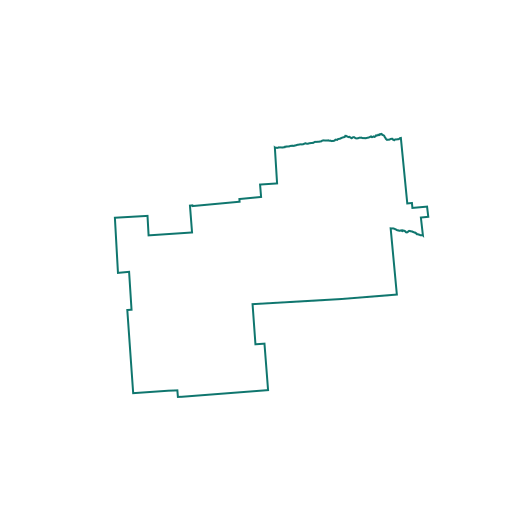 Adolfo Gonzáles Chaves, Buenos Aires, Argentina, rotated 311°
{"feature_id": "61730980B59817068959156", "entity_name": "Adolfo Gonzáles Chaves", "entity_type": "district", "adm_level": 2, "iso_a3": "ARG", "parent_name": "Argentina", "parent_adm1": "Buenos Aires", "projection": "mercator", "projection_center": [-59.838, -37.941], "detail": "fine", "context": "isolated", "style": "outline", "palette": "teal", "viewbox_px": 512, "rotation_deg": 311, "n_neighbors": 0, "source": "geoboundaries", "source_scale": "gbopen_adm2", "svg_char_len": 5851}
<svg xmlns="http://www.w3.org/2000/svg" viewBox="0 0 512 512"><g transform="rotate(311 256 256)"><path d="M381.0,368.5L393.2,355.2L398.6,360.3L405.5,352.7L394.9,342.5L398.3,338.9L394.9,335.7L440.1,287.9L439.8,287.7L439.6,287.6L439.5,287.4L439.1,287.4L438.8,287.3L438.4,287.2L438.1,287.1L437.8,287.1L437.4,286.7L437.2,286.5L437.0,286.2L436.8,286.1L436.5,285.9L436.3,285.7L436.1,285.5L435.8,285.1L435.5,284.9L435.3,284.6L435.0,284.5L434.7,284.4L434.3,284.4L434.1,284.4L434.0,284.2L434.0,283.9L434.0,283.7L433.8,283.4L433.7,283.2L433.7,282.9L433.7,282.6L433.9,282.3L434.0,282.1L433.8,281.8L433.6,281.6L433.2,281.3L433.0,281.1L432.7,280.9L432.4,280.7L432.0,280.6L431.8,280.5L431.5,280.4L431.4,280.3L431.2,280.2L430.8,279.8L430.6,279.6L430.4,279.4L430.2,279.1L429.8,278.8L429.6,278.7L429.6,278.2L429.6,277.9L429.6,277.2L429.7,276.8L430.0,276.4L430.1,275.9L430.2,275.3L430.4,274.7L430.6,274.4L430.8,273.9L430.8,273.3L430.7,272.8L430.5,272.5L430.3,272.0L430.3,271.5L430.5,271.1L430.5,270.6L430.2,270.4L429.7,270.3L429.6,269.9L429.3,269.6L428.8,269.6L428.6,269.8L428.2,269.7L427.8,269.5L427.6,269.1L427.6,268.7L427.1,268.7L426.5,268.4L426.3,268.2L426.1,267.9L425.9,267.5L425.5,267.6L425.1,267.7L424.6,267.6L424.3,267.4L423.8,267.4L423.5,267.2L423.5,266.9L423.6,266.6L423.4,266.3L423.0,266.2L422.6,266.0L422.0,265.8L421.7,265.5L421.6,265.2L421.7,264.9L421.8,264.5L421.5,264.2L420.8,264.0L420.1,263.7L419.5,263.4L419.0,263.1L418.6,262.7L418.1,262.4L417.7,262.1L417.3,261.7L416.9,261.6L416.6,261.2L416.3,260.9L416.1,260.4L415.7,260.0L415.5,259.8L415.1,259.3L414.9,259.0L414.7,258.8L414.6,258.4L414.5,257.9L414.2,257.6L413.8,257.3L413.6,256.9L413.2,256.5L412.8,256.3L412.3,256.0L411.7,255.7L411.4,255.3L411.0,255.1L410.7,254.7L410.4,254.3L410.2,253.7L410.1,253.1L410.1,252.5L410.0,252.0L409.6,251.6L409.2,251.3L408.7,251.1L408.2,251.1L407.6,250.9L407.5,250.6L407.5,250.0L407.3,249.5L407.3,249.1L407.3,248.4L406.9,248.1L406.4,247.8L406.3,247.4L406.2,247.0L406.0,246.6L406.0,246.1L405.8,245.8L405.8,245.4L405.7,245.0L405.3,244.8L405.2,244.6L404.6,244.8L404.3,244.9L403.7,244.7L403.4,244.4L403.0,244.1L402.6,243.9L402.3,243.7L401.9,243.4L401.4,243.2L400.9,243.0L400.7,242.8L400.3,242.8L399.7,242.5L399.5,242.3L399.1,242.0L398.7,241.7L398.3,241.4L397.8,241.1L397.4,241.1L396.9,241.1L396.7,240.8L396.6,240.5L396.2,240.1L396.0,239.7L395.7,239.6L395.4,239.6L395.1,239.6L394.7,239.6L394.2,239.3L393.7,239.0L393.3,238.5L392.9,238.2L392.4,237.7L392.1,237.3L392.0,236.6L391.6,236.2L391.1,235.7L390.8,235.2L390.8,234.8L390.4,234.4L389.8,234.0L389.6,233.6L389.2,233.2L388.8,232.8L388.6,232.5L388.4,232.2L388.0,231.8L387.7,231.3L387.5,231.0L387.1,230.8L386.7,230.4L386.2,230.2L385.8,230.1L385.3,230.0L384.9,229.7L384.5,229.2L383.8,228.8L383.5,228.5L383.1,228.0L382.7,227.7L382.5,227.4L382.0,227.0L381.7,226.6L381.2,226.1L380.8,225.6L380.2,225.4L379.5,225.1L378.8,224.9L378.6,224.5L378.1,224.2L377.7,223.8L377.4,223.4L376.8,223.0L376.5,222.6L376.0,222.3L375.7,222.0L375.2,221.8L374.6,221.3L374.2,220.9L374.0,220.5L373.9,220.2L373.5,219.6L373.4,219.2L372.9,219.1L372.4,218.8L372.0,218.6L371.9,218.5L371.7,218.5L371.3,218.3L371.1,218.1L370.9,218.0L370.7,217.7L370.3,217.3L370.1,217.2L369.9,216.9L369.8,216.7L369.5,216.3L369.1,216.0L368.8,215.8L368.6,215.5L368.2,215.3L367.9,215.1L367.6,214.7L367.3,214.5L367.1,214.3L366.8,214.2L366.5,213.9L366.2,213.8L365.9,213.6L365.6,213.5L365.3,213.2L365.2,213.0L365.1,212.9L364.8,212.9L364.5,212.7L364.1,212.4L363.8,212.2L363.7,211.9L363.4,211.7L363.2,211.5L363.2,211.2L362.7,210.8L362.5,210.7L362.4,210.4L362.0,210.1L361.8,209.9L361.7,209.8L361.6,209.7L361.2,209.5L360.8,209.3L360.4,209.1L360.2,208.8L359.9,208.6L359.6,208.2L359.3,207.9L358.9,207.6L358.7,207.4L358.6,207.1L358.1,206.9L357.9,206.6L357.8,206.4L357.6,206.2L357.3,206.2L356.9,206.3L356.5,205.8L356.3,205.6L356.0,205.5L355.7,205.1L355.3,204.9L355.0,204.5L354.8,204.2L354.5,203.9L354.2,203.4L353.9,203.1L353.6,202.8L353.4,202.6L353.2,202.3L353.1,202.1L352.8,201.8L352.4,201.7L352.0,201.5L351.8,201.3L351.5,201.1L351.3,200.8L351.1,200.5L350.9,200.1L350.8,199.8L350.5,199.6L350.3,199.5L350.1,199.3L350.1,199.2L324.6,224.3L312.6,212.2L303.9,221.1L288.1,206.1L286.2,208.0L252.1,175.4L252.5,174.8L250.7,173.1L231.8,192.3L201.1,161.4L215.1,147.8L192.3,124.4L152.7,162.9L160.8,170.6L133.8,197.3L130.8,194.3L71.9,253.3L97.0,278.4L101.2,282.9L103.0,284.8L98.4,289.5L101.2,292.5L121.5,312.5L162.7,353.1L195.4,319.9L189.0,313.5L217.4,285.0L278.8,347.9L319.3,387.6L365.2,339.5L365.4,339.8L365.6,340.1L365.9,340.4L366.2,340.7L366.5,341.1L366.7,341.4L367.0,341.7L367.1,342.1L367.3,342.5L367.5,343.1L367.5,343.3L367.5,343.5L367.7,343.8L367.8,344.1L367.8,344.3L367.9,344.6L367.9,344.9L367.9,345.2L368.1,345.6L368.2,346.0L368.5,346.2L368.7,346.5L368.8,346.9L368.9,347.4L369.2,347.8L369.6,348.0L369.9,348.1L370.1,348.5L370.2,348.8L370.4,349.0L370.7,349.0L370.9,349.1L370.7,349.3L370.8,349.5L370.7,349.7L370.8,350.1L370.9,350.3L371.1,350.3L371.4,350.2L371.5,350.3L372.0,350.6L372.1,350.8L372.2,351.0L372.3,351.2L372.3,351.6L372.4,352.0L372.6,352.3L372.6,352.7L372.5,353.0L372.3,353.3L372.3,353.6L372.5,353.9L372.6,354.2L372.9,354.5L373.1,354.6L373.4,354.7L373.7,354.8L374.1,354.8L374.4,354.8L374.6,354.9L375.0,354.9L375.3,355.0L375.5,355.2L375.7,355.5L375.8,355.8L375.9,356.1L376.2,356.4L376.3,356.8L376.4,357.0L376.6,357.3L376.8,357.5L377.0,357.8L377.0,358.2L377.0,358.4L377.1,358.5L377.3,358.8L377.3,359.0L377.5,359.4L377.5,359.7L377.5,359.8L377.6,360.0L377.7,360.4L377.9,360.5L378.1,360.7L378.1,360.9L378.1,361.2L378.1,361.5L378.3,362.0L378.3,362.3L378.2,362.4L378.0,362.6L378.0,362.9L378.0,363.2L378.2,363.4L378.4,363.7L378.6,363.9L378.8,364.2L378.8,364.5L379.0,365.0L379.3,365.3L379.3,365.6L379.4,365.8L379.4,366.0L379.5,366.4L379.7,366.6L379.8,366.8L380.0,367.1L380.3,367.3L380.5,367.5L380.7,367.8L380.9,368.1L381.0,368.4L381.0,368.5Z" fill="none" stroke="#0f766e" stroke-width="2"/></g></svg>